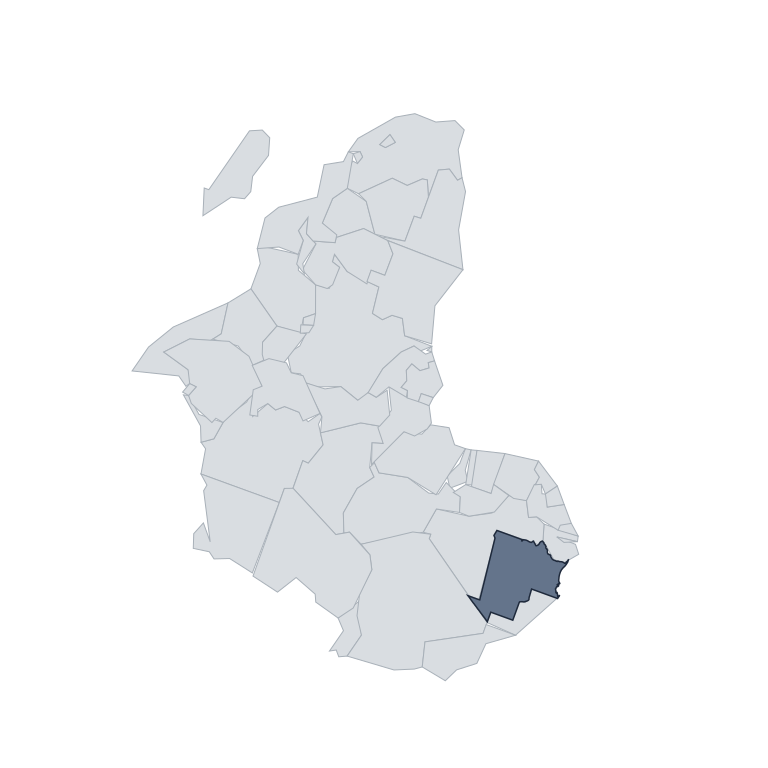 Mauritania on a map of Africa (Mercator projection), rotated 200°
{"feature_id": "MRT", "entity_name": "Mauritania", "entity_type": "country or territory", "adm_level": 0, "iso_a3": "MRT", "parent_name": "Africa", "parent_adm1": "", "projection": "mercator", "projection_center": [-11.622, 21.016], "detail": "fine", "context": "in_parent", "style": "filled", "palette": "slate", "viewbox_px": 768, "rotation_deg": 200, "n_neighbors": 49, "source": "natural_earth", "source_scale": "50m", "svg_char_len": 14000}
<svg xmlns="http://www.w3.org/2000/svg" viewBox="0 0 768 768"><g transform="rotate(200 384 384)"><path d="M504.4,401.8L541.6,427.9L541.5,454.9L549.4,467.9L543.8,472.0L509.0,476.5L503.3,461.5L482.2,453.8L474.4,440.9L472.4,426.7L482.3,418.7L480.0,403.1L504.4,401.8Z" fill="#d9dde1" stroke="#a8b0b8" stroke-width="1"/><path d="M205.6,195.1L205.5,207.0L182.5,206.6L182.7,226.3L176.2,227.0L175.8,241.9L146.8,244.3L174.5,192.9L205.6,195.1Z" fill="#d9dde1" stroke="#a8b0b8" stroke-width="1"/><path d="M472.4,426.7L482.2,453.8L468.2,455.1L465.6,478.4L474.3,481.2L474.9,489.0L457.1,477.1L422.0,473.4L419.0,446.4L407.5,443.9L400.0,451.3L389.1,451.9L381.1,436.4L352.0,435.8L361.9,426.7L368.8,430.0L378.8,419.9L390.3,398.1L396.6,365.6L403.1,359.7L423.7,366.8L446.5,358.2L458.6,358.3L466.0,365.0L475.0,362.8L485.3,379.6L476.2,390.9L472.4,426.7Z" fill="#d9dde1" stroke="#a8b0b8" stroke-width="1"/><path d="M558.3,406.9L554.1,375.5L562.1,365.4L582.0,359.9L601.9,338.7L573.0,330.4L565.2,320.5L569.3,314.1L579.6,321.4L625.2,310.1L617.9,338.2L601.5,365.5L558.3,406.9Z" fill="#d9dde1" stroke="#a8b0b8" stroke-width="1"/><path d="M541.6,427.9L504.4,401.8L512.4,381.7L505.1,365.2L514.2,356.4L534.0,369.8L560.2,367.6L554.1,375.5L558.3,406.9L541.6,427.9Z" fill="#d9dde1" stroke="#a8b0b8" stroke-width="1"/><path d="M438.9,337.1L433.6,334.0L431.1,332.0L431.8,323.9L420.4,306.0L428.1,283.7L434.1,284.2L433.9,251.8L441.9,251.8L441.9,236.8L525.2,236.8L529.5,262.1L536.0,266.7L525.1,274.3L521.0,299.0L506.9,320.1L504.9,333.9L496.3,308.5L486.5,325.9L477.0,322.5L469.8,328.8L454.2,328.4L442.4,322.6L434.1,334.4L438.9,337.1Z" fill="#d9dde1" stroke="#a8b0b8" stroke-width="1"/><path d="M433.8,254.9L434.1,284.2L428.1,283.7L420.4,306.0L427.0,316.4L392.6,339.5L373.7,342.9L364.4,327.8L375.1,324.7L368.9,300.7L361.5,293.2L373.5,276.7L378.1,248.9L370.7,230.2L377.8,226.0L433.8,254.9Z" fill="#d9dde1" stroke="#a8b0b8" stroke-width="1"/><path d="M381.2,604.5L384.6,600.6L396.1,608.3L406.1,603.6L406.1,574.6L413.1,590.6L418.1,589.8L430.1,578.5L446.6,580.2L473.0,554.1L485.4,555.3L490.6,571.5L489.9,582.9L484.4,582.1L481.8,590.0L486.0,594.2L496.9,590.0L492.5,605.9L464.5,638.7L447.4,648.6L424.9,647.9L407.4,655.8L395.5,650.2L394.4,629.5L381.2,604.5ZM469.9,607.5L463.5,606.7L456.0,614.9L463.7,620.4L469.9,607.5Z" fill="#d9dde1" stroke="#a8b0b8" stroke-width="1"/><path d="M469.9,607.5L463.7,620.4L456.0,614.9L463.5,606.7L469.9,607.5Z" fill="#d9dde1" stroke="#a8b0b8" stroke-width="1"/><path d="M485.4,555.3L463.1,549.5L443.8,521.6L456.3,523.1L479.0,505.3L497.0,514.1L495.7,540.7L485.4,555.3Z" fill="#d9dde1" stroke="#a8b0b8" stroke-width="1"/><path d="M473.0,554.1L446.6,580.2L430.1,578.5L418.1,589.8L413.1,590.6L406.1,574.6L406.1,552.3L413.0,552.0L413.2,525.4L443.8,521.6L463.1,549.5L473.0,554.1Z" fill="#d9dde1" stroke="#a8b0b8" stroke-width="1"/><path d="M406.1,552.3L406.1,603.6L396.1,608.3L384.6,600.6L381.2,604.5L373.2,592.7L366.6,554.3L348.9,518.4L442.5,520.4L413.2,525.4L413.0,552.0L406.1,552.3Z" fill="#d9dde1" stroke="#a8b0b8" stroke-width="1"/><path d="M149.2,298.8L142.8,290.6L153.4,278.0L164.2,277.0L181.1,291.4L185.7,307.1L149.5,307.5L148.3,302.0L169.3,299.4L149.2,298.8Z" fill="#d9dde1" stroke="#a8b0b8" stroke-width="1"/><path d="M185.7,307.1L181.1,291.4L184.6,285.8L227.6,285.0L221.2,214.1L232.0,214.0L288.6,254.1L288.7,258.8L296.5,258.1L292.0,284.5L259.0,288.8L238.4,299.7L228.6,321.9L210.2,323.1L202.5,308.0L195.2,311.4L185.7,307.1Z" fill="#d9dde1" stroke="#a8b0b8" stroke-width="1"/><path d="M285.4,351.1L279.6,351.9L278.2,330.8L271.9,321.2L286.5,308.6L293.2,319.3L285.6,335.2L285.4,351.1Z" fill="#d9dde1" stroke="#a8b0b8" stroke-width="1"/><path d="M370.7,230.2L378.1,248.9L373.5,276.7L361.5,293.2L368.9,300.7L366.0,306.8L358.3,298.8L329.8,304.3L304.7,296.8L295.3,299.2L291.8,312.7L273.7,304.1L269.1,289.1L292.0,284.5L296.5,258.1L350.7,225.6L365.8,233.0L370.7,230.2Z" fill="#d9dde1" stroke="#a8b0b8" stroke-width="1"/><path d="M285.4,351.1L297.2,297.7L329.8,304.3L358.3,298.8L368.8,309.6L348.9,346.0L331.3,349.8L326.2,361.6L307.9,365.2L296.9,351.0L285.4,351.1Z" fill="#d9dde1" stroke="#a8b0b8" stroke-width="1"/><path d="M368.2,304.1L375.1,324.7L364.4,327.8L374.8,340.9L368.1,361.8L378.4,383.0L334.2,379.1L326.1,363.5L328.0,356.6L337.5,345.6L348.9,346.0L368.2,304.1Z" fill="#d9dde1" stroke="#a8b0b8" stroke-width="1"/><path d="M272.8,317.4L279.6,351.9L273.9,353.4L266.2,319.5L272.8,317.4Z" fill="#d9dde1" stroke="#a8b0b8" stroke-width="1"/><path d="M266.7,317.3L273.9,353.4L246.5,360.0L245.9,317.7L266.7,317.3Z" fill="#d9dde1" stroke="#a8b0b8" stroke-width="1"/><path d="M210.2,323.1L223.0,320.8L246.7,327.1L246.5,360.0L212.4,364.4L213.4,355.0L206.1,349.6L210.2,323.1Z" fill="#d9dde1" stroke="#a8b0b8" stroke-width="1"/><path d="M170.4,306.1L195.2,311.4L202.5,308.0L210.2,323.1L208.4,341.0L201.9,343.6L198.0,334.9L192.8,336.3L188.5,324.2L173.5,332.4L160.3,317.1L170.4,306.1Z" fill="#d9dde1" stroke="#a8b0b8" stroke-width="1"/><path d="M149.5,307.5L170.4,306.1L170.1,311.6L160.3,317.1L149.5,307.5Z" fill="#d9dde1" stroke="#a8b0b8" stroke-width="1"/><path d="M207.3,341.0L206.1,349.6L213.4,355.0L212.4,364.4L186.2,347.4L194.7,335.9L201.9,343.6L207.3,341.0Z" fill="#d9dde1" stroke="#a8b0b8" stroke-width="1"/><path d="M173.5,332.4L188.5,324.2L194.7,335.9L186.2,347.4L173.5,332.4Z" fill="#d9dde1" stroke="#a8b0b8" stroke-width="1"/><path d="M228.6,321.9L236.5,301.4L259.0,288.8L269.1,289.1L273.7,304.1L281.8,305.8L272.8,317.4L245.9,317.7L246.7,327.1L228.6,321.9Z" fill="#d9dde1" stroke="#a8b0b8" stroke-width="1"/><path d="M458.6,358.3L437.8,359.2L423.7,366.8L403.1,359.7L396.0,370.5L386.7,368.9L378.9,379.2L368.0,356.8L373.7,342.9L392.6,339.5L427.0,316.4L431.1,332.0L458.6,358.3Z" fill="#d9dde1" stroke="#a8b0b8" stroke-width="1"/><path d="M396.0,370.5L390.3,398.1L378.8,419.9L368.8,430.0L355.1,426.3L350.1,430.5L344.4,423.0L349.7,419.2L347.1,414.5L354.8,408.8L364.7,412.4L367.7,404.5L363.7,394.8L366.7,386.7L359.7,385.9L358.3,379.2L378.4,383.0L386.7,368.9L396.0,370.5Z" fill="#d9dde1" stroke="#a8b0b8" stroke-width="1"/><path d="M345.6,379.2L357.4,378.8L359.7,385.9L366.7,386.7L363.7,394.8L367.7,404.5L364.7,412.4L354.8,408.8L347.1,414.5L349.7,419.2L344.4,423.0L328.2,402.9L333.1,388.0L345.7,387.7L345.6,379.2Z" fill="#d9dde1" stroke="#a8b0b8" stroke-width="1"/><path d="M334.2,379.1L345.6,379.2L345.7,387.7L333.1,388.0L334.2,379.1Z" fill="#d9dde1" stroke="#a8b0b8" stroke-width="1"/><path d="M482.2,453.8L499.7,463.3L495.9,492.3L499.6,494.1L478.3,500.1L479.0,505.3L456.3,523.1L429.4,520.0L420.1,509.4L420.4,486.4L435.0,486.5L434.3,472.2L457.1,477.1L474.9,489.0L474.3,481.2L465.6,478.4L466.2,459.7L470.0,454.3L482.2,453.8Z" fill="#d9dde1" stroke="#a8b0b8" stroke-width="1"/><path d="M496.4,460.1L507.1,466.8L509.0,491.3L516.9,498.8L512.4,514.7L508.3,498.8L495.9,492.3L501.5,469.4L496.4,460.1Z" fill="#d9dde1" stroke="#a8b0b8" stroke-width="1"/><path d="M509.0,476.5L529.5,476.8L549.4,467.9L552.6,499.3L543.4,514.1L510.6,536.8L515.3,569.6L498.2,579.1L496.9,590.0L491.6,589.9L485.4,555.3L495.7,540.7L497.0,514.1L479.4,508.0L478.3,500.1L499.6,494.1L508.3,498.8L512.4,514.7L516.9,498.8L509.0,491.3L509.0,476.5Z" fill="#d9dde1" stroke="#a8b0b8" stroke-width="1"/><path d="M491.6,589.9L486.0,594.2L481.8,590.0L484.4,582.1L491.6,589.9Z" fill="#d9dde1" stroke="#a8b0b8" stroke-width="1"/><path d="M350.1,430.5L355.1,430.2L352.0,435.8L350.1,430.5ZM353.0,438.0L381.1,436.4L389.1,451.9L400.0,451.3L407.5,443.9L419.0,446.4L422.0,473.4L435.1,474.5L435.0,486.5L420.4,486.4L420.1,509.4L429.4,520.0L348.9,518.4L362.9,474.9L353.0,438.0Z" fill="#d9dde1" stroke="#a8b0b8" stroke-width="1"/><path d="M480.3,412.0L482.3,418.7L472.4,426.7L470.2,415.0L480.3,412.0Z" fill="#d9dde1" stroke="#a8b0b8" stroke-width="1"/><path d="M611.7,480.2L620.0,506.7L615.1,506.7L597.0,575.9L585.2,581.0L575.6,576.3L570.7,559.3L578.5,534.2L575.0,519.2L578.4,510.4L591.5,507.3L611.7,480.2Z" fill="#d9dde1" stroke="#a8b0b8" stroke-width="1"/><path d="M148.3,302.0L160.7,296.7L169.3,299.4L148.3,302.0Z" fill="#d9dde1" stroke="#a8b0b8" stroke-width="1"/><path d="M333.0,171.7L319.3,140.3L325.6,115.7L333.2,112.2L337.9,117.7L343.9,114.4L337.7,138.3L347.1,148.4L333.0,171.7Z" fill="#d9dde1" stroke="#a8b0b8" stroke-width="1"/><path d="M205.6,195.1L205.6,183.6L257.3,155.7L251.3,131.2L258.0,126.5L276.8,118.7L325.6,115.7L319.3,140.3L330.1,157.0L335.3,178.9L331.9,205.3L338.8,218.6L350.7,225.6L306.3,254.8L288.7,258.8L288.6,254.1L205.6,195.1Z" fill="#d9dde1" stroke="#a8b0b8" stroke-width="1"/><path d="M522.1,292.8L525.1,274.3L536.0,266.7L542.1,281.9L568.8,305.2L563.7,306.4L547.4,292.1L522.1,292.8Z" fill="#d9dde1" stroke="#a8b0b8" stroke-width="1"/><path d="M174.5,192.9L199.4,174.8L201.2,153.2L218.0,140.2L224.9,126.1L251.3,131.2L257.3,155.7L205.6,183.6L205.7,192.9L174.5,192.9Z" fill="#d9dde1" stroke="#a8b0b8" stroke-width="1"/><path d="M525.2,236.8L441.9,236.8L443.1,161.4L469.4,167.2L483.9,161.5L490.8,166.6L507.0,164.3L511.6,178.3L506.2,191.7L493.3,176.2L517.0,222.1L515.8,228.4L525.2,236.8Z" fill="#d9dde1" stroke="#a8b0b8" stroke-width="1"/><path d="M441.4,158.7L441.9,251.8L433.8,254.9L377.8,226.0L365.8,233.0L338.8,218.6L331.9,205.3L336.3,163.0L347.1,148.4L373.5,155.7L376.8,163.0L400.4,172.1L412.9,152.0L441.4,158.7Z" fill="#d9dde1" stroke="#a8b0b8" stroke-width="1"/><path d="M601.9,338.7L582.0,359.9L544.1,371.1L520.3,363.8L497.8,340.3L522.1,292.8L530.3,294.3L532.5,288.9L558.4,299.8L563.7,306.4L559.5,317.1L566.7,317.9L573.0,330.4L601.9,338.7Z" fill="#d9dde1" stroke="#a8b0b8" stroke-width="1"/><path d="M563.7,306.4L570.5,307.5L566.7,317.9L559.5,317.1L563.7,306.4Z" fill="#d9dde1" stroke="#a8b0b8" stroke-width="1"/><path d="M504.4,401.8L474.1,404.5L485.8,368.5L505.1,365.2L508.5,370.1L512.4,381.7L504.4,401.8Z" fill="#d9dde1" stroke="#a8b0b8" stroke-width="1"/><path d="M480.0,403.1L482.4,411.1L470.2,415.0L472.1,406.5L480.0,403.1Z" fill="#d9dde1" stroke="#a8b0b8" stroke-width="1"/><path d="M482.9,370.5L475.0,362.8L462.9,364.1L434.1,334.4L447.5,321.6L454.2,328.4L469.8,328.8L477.0,322.5L486.5,325.9L493.9,316.8L491.6,310.5L499.5,309.0L504.9,333.9L497.8,340.3L514.2,356.4L500.8,368.5L482.9,370.5Z" fill="#d9dde1" stroke="#a8b0b8" stroke-width="1"/><path d="M180.3,290.0L180.2,289.9L179.4,289.4L179.1,288.8L178.5,288.3L177.7,288.0L177.1,287.7L176.9,287.3L176.6,287.0L176.3,286.8L176.2,286.7L176.3,286.5L176.2,286.1L175.8,285.3L175.3,284.9L174.9,285.0L174.7,284.9L174.6,284.7L174.5,284.4L174.3,284.2L173.8,284.1L173.5,283.5L173.2,282.4L172.8,281.5L172.4,280.9L172.1,280.7L171.9,280.6L171.7,280.3L171.4,280.3L170.9,280.5L170.5,280.4L170.3,280.1L170.0,280.1L169.6,280.3L169.2,280.2L168.7,279.8L168.5,279.4L168.4,279.1L167.7,278.3L166.2,277.1L164.5,276.5L162.7,276.6L161.7,276.5L161.5,276.4L161.3,276.4L161.1,276.6L160.9,276.6L160.6,276.5L160.4,276.9L159.8,277.1L158.6,277.1L157.6,277.3L156.9,277.6L155.9,277.8L154.5,277.7L153.7,277.6L153.4,277.4L153.0,277.3L152.5,277.4L152.1,278.0L151.7,279.1L151.4,279.7L151.1,279.8L150.9,280.6L150.7,281.9L150.5,282.5L150.5,279.2L150.8,278.0L151.0,276.9L151.8,274.5L152.8,272.6L153.7,270.0L154.0,267.5L153.9,265.0L153.6,262.8L153.2,261.3L152.7,259.2L152.1,258.1L150.9,257.1L150.6,256.6L150.9,256.3L151.6,256.2L152.1,255.4L151.1,255.7L152.2,253.4L152.6,251.8L152.5,250.7L152.8,250.1L151.9,248.7L151.2,246.9L150.9,246.6L150.5,246.5L150.5,246.9L150.3,247.3L149.9,247.1L149.1,245.8L148.1,243.7L147.7,243.4L147.4,243.7L147.2,244.0L146.9,245.8L146.8,245.1L146.9,244.3L147.2,243.2L147.5,241.8L148.4,241.8L150.0,241.8L151.6,241.8L153.2,241.8L154.8,241.8L156.4,241.8L158.0,241.8L159.6,241.8L161.2,241.8L162.8,241.8L164.4,241.8L166.1,241.8L167.7,241.8L169.3,241.8L170.9,241.8L172.5,241.8L174.1,241.8L175.2,241.8L175.1,240.8L175.1,240.0L175.0,238.9L174.9,237.9L174.9,236.8L174.8,235.8L174.7,234.8L174.7,233.9L174.6,233.0L174.5,232.5L174.2,231.5L174.1,231.1L174.2,230.5L174.4,230.1L175.1,229.2L176.0,228.5L177.1,227.7L177.9,227.1L178.4,227.0L179.7,226.7L180.7,226.3L181.7,225.8L182.1,225.6L182.2,224.8L182.2,223.8L182.2,222.8L182.2,221.7L182.2,220.7L182.2,219.7L182.2,218.6L182.2,217.6L182.2,216.5L182.2,215.5L182.2,214.4L182.2,213.3L182.2,212.3L182.2,211.2L182.2,210.2L182.2,209.1L182.2,208.1L182.2,207.0L182.2,206.1L183.2,206.1L184.5,206.1L185.8,206.1L187.2,206.1L188.5,206.1L189.8,206.1L191.1,206.1L192.4,206.1L193.7,206.1L195.0,206.1L196.3,206.1L197.6,206.1L198.9,206.1L200.2,206.1L201.5,206.1L202.8,206.1L204.2,206.1L205.6,206.1L205.6,205.2L205.6,203.9L205.6,202.1L205.6,200.4L205.6,198.8L205.6,197.3L205.6,195.9L206.9,196.8L208.2,197.7L209.5,198.6L210.8,199.4L212.2,200.3L213.5,201.2L214.8,202.0L216.1,202.9L217.4,203.8L218.8,204.6L220.1,205.5L221.4,206.4L222.7,207.2L224.0,208.1L225.4,208.9L226.7,209.8L227.8,210.5L229.5,211.7L231.1,212.8L232.7,213.8L230.2,213.8L226.9,213.8L224.7,213.8L222.4,213.8L220.2,213.9L220.4,215.6L220.6,217.5L220.8,219.4L221.0,221.4L221.2,223.3L221.4,225.2L221.6,227.1L221.8,229.0L222.0,230.9L222.2,232.8L222.4,234.6L222.6,236.5L222.8,238.4L223.0,240.3L223.2,242.2L223.4,244.0L223.6,245.9L223.8,247.8L224.0,249.6L224.2,251.5L224.4,253.3L224.6,255.2L224.8,257.0L225.0,258.9L225.2,260.7L225.4,262.6L225.6,264.4L225.8,266.3L226.0,268.1L226.2,269.9L226.4,271.8L226.6,273.6L226.8,275.4L227.0,277.2L227.8,278.1L228.9,279.3L228.6,280.9L228.2,282.9L227.8,285.0L226.3,285.0L224.9,285.0L223.5,285.0L222.0,285.0L220.6,285.0L219.2,285.0L217.8,285.0L216.3,285.0L214.9,285.0L213.5,285.0L212.0,285.0L210.6,285.0L209.2,285.0L207.7,285.0L206.3,285.0L204.9,285.0L203.4,285.0L202.1,285.0L201.3,284.9L201.0,284.8L200.9,283.7L200.6,283.7L200.4,284.1L200.2,284.4L200.3,284.9L200.2,285.3L199.3,285.4L198.1,285.7L196.7,285.9L195.4,285.8L195.0,285.7L194.5,285.6L193.4,285.4L192.9,285.4L192.2,285.4L191.4,285.5L191.2,285.7L190.6,286.6L190.0,287.5L189.7,287.5L189.3,287.0L188.1,286.0L186.7,284.7L186.1,284.1L185.8,284.0L185.1,284.4L184.6,284.9L184.0,285.5L183.7,286.1L183.5,286.8L183.4,287.7L183.2,288.6L182.7,289.4L182.1,290.0L181.7,290.3L181.6,290.5L180.3,290.0ZM151.6,254.0L151.2,254.7L151.0,254.4L150.9,254.0L151.3,253.3L151.5,252.9L151.8,252.8L151.6,254.0Z" fill="#64748b" stroke="#1e293b" stroke-width="1.5"/></g></svg>